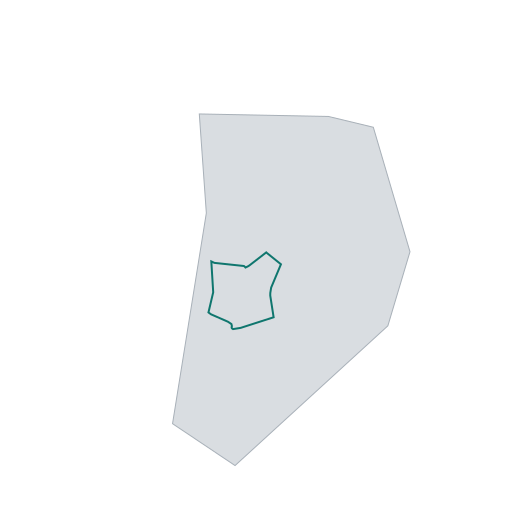 where Saint Joseph sits in Barbados, rotated 229°
{"feature_id": "BRB-1994", "entity_name": "Saint Joseph", "entity_type": "Parish", "adm_level": 1, "iso_a3": "BRB", "parent_name": "Barbados", "parent_adm1": "", "projection": "mercator", "projection_center": [-59.553, 13.212], "detail": "fine", "context": "in_parent", "style": "outline", "palette": "teal", "viewbox_px": 512, "rotation_deg": 229, "n_neighbors": 0, "source": "natural_earth", "source_scale": "10m", "svg_char_len": 695}
<svg xmlns="http://www.w3.org/2000/svg" viewBox="0 0 512 512"><g transform="rotate(229 256 256)"><path d="M313.8,402.2L276.2,429.0L158.2,375.0L116.8,309.7L111.6,102.7L184.2,83.0L321.0,246.7L400.4,306.4L313.8,402.2Z" fill="#d9dde1" stroke="#a8b0b8" stroke-width="1"/><path d="M244.6,183.1L256.7,199.9L281.2,218.7L278.1,220.1L256.4,240.3L255.9,240.4L255.3,240.5L254.2,240.5L253.5,243.0L253.2,244.9L252.0,266.1L251.1,266.2L233.4,269.4L222.2,246.7L218.7,242.5L216.8,240.8L198.2,229.1L211.8,197.3L215.9,190.7L216.7,190.5L217.2,190.4L217.7,190.5L218.0,190.7L218.4,191.0L218.8,191.7L219.2,192.0L220.8,192.8L224.8,191.7L241.5,183.8L244.6,183.1Z" fill="none" stroke="#0f766e" stroke-width="2"/></g></svg>